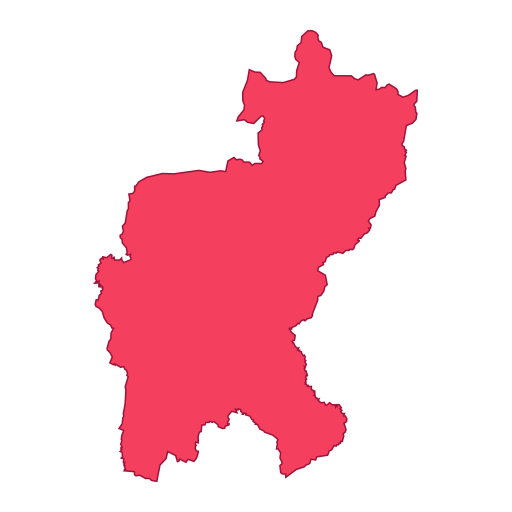 the district of Mueang Sa Kaeo, Sa Kaeo, Thailand
{"feature_id": "78962969B70177105143831", "entity_name": "Mueang Sa Kaeo", "entity_type": "district", "adm_level": 2, "iso_a3": "THA", "parent_name": "Thailand", "parent_adm1": "Sa Kaeo", "projection": "robinson", "projection_center": [102.097, 13.939], "detail": "fine", "context": "isolated", "style": "filled", "palette": "rose", "viewbox_px": 512, "rotation_deg": 0, "n_neighbors": 0, "source": "geoboundaries", "source_scale": "gbopen_adm2", "svg_char_len": 6057}
<svg xmlns="http://www.w3.org/2000/svg" viewBox="0 0 512 512"><path d="M124.5,470.8L134.4,471.7L134.5,474.7L136.0,475.8L139.6,475.2L145.6,478.5L149.3,478.4L151.7,480.5L156.8,481.3L160.0,465.0L166.1,458.6L167.7,451.5L175.7,455.6L177.4,461.6L179.0,461.0L179.7,459.0L185.9,462.3L188.0,459.3L193.9,461.4L196.4,458.4L198.3,452.5L198.3,451.3L196.5,451.0L195.3,448.8L195.3,446.5L196.3,445.5L195.2,443.8L195.8,442.1L198.3,442.8L198.1,436.5L199.3,432.3L201.2,431.5L201.8,425.0L204.9,424.9L205.9,422.4L209.1,422.4L209.7,421.2L212.3,422.4L213.9,421.5L218.3,425.0L218.2,426.7L222.7,428.5L224.6,428.3L225.2,426.3L229.0,424.8L229.1,423.8L227.9,424.4L227.3,423.4L229.2,419.3L227.9,417.4L228.2,415.6L231.7,411.3L237.0,412.7L235.5,409.3L237.9,410.0L238.1,408.9L240.7,409.6L240.7,411.3L242.9,413.2L242.3,414.1L243.4,414.3L244.3,413.0L246.0,413.6L245.6,414.8L249.9,416.1L251.8,419.4L253.4,419.9L253.1,421.4L255.8,423.3L255.3,424.2L257.5,424.5L259.9,429.1L263.8,430.8L264.5,432.1L272.8,435.1L277.9,439.4L276.8,442.4L277.4,443.7L276.5,448.9L278.1,448.9L280.6,452.8L280.0,458.1L282.0,462.2L281.8,463.9L279.9,465.6L280.7,472.5L282.0,473.8L285.6,474.1L285.8,477.3L296.2,469.5L304.4,466.8L306.5,464.6L308.4,464.3L310.0,463.0L310.8,459.2L315.6,460.0L316.7,456.9L327.6,455.2L329.3,450.9L331.7,449.8L333.9,445.7L336.2,446.1L336.6,444.9L338.6,444.7L339.3,442.8L340.4,443.1L341.0,441.3L342.3,441.5L343.8,435.8L343.1,433.9L345.4,431.9L346.0,429.5L344.0,423.2L346.5,421.6L346.8,419.0L345.5,416.1L343.6,415.9L344.5,413.5L342.3,413.5L340.7,411.6L341.9,410.3L339.8,408.7L341.4,407.8L339.1,404.7L336.2,404.7L336.8,406.3L335.8,405.8L335.6,406.6L335.1,404.9L331.7,404.6L329.6,402.7L326.8,405.2L325.5,405.1L324.2,402.3L321.3,402.8L319.4,401.6L318.5,400.3L319.0,398.9L317.7,399.6L316.9,398.0L315.8,398.0L315.0,395.1L313.9,395.0L314.9,393.8L314.8,392.1L313.9,391.9L314.6,391.1L311.4,389.5L311.4,386.4L308.5,386.5L308.2,385.5L307.3,386.2L306.5,384.1L305.2,384.1L305.2,382.4L306.1,382.1L305.5,379.8L306.6,379.2L305.6,377.3L306.1,375.7L306.5,376.1L307.4,375.6L306.1,371.0L305.2,370.9L304.3,368.8L305.1,368.0L304.5,366.8L305.2,367.1L306.3,364.5L304.8,361.6L305.8,360.7L304.7,359.3L305.2,356.9L304.4,355.2L303.5,355.7L301.8,353.7L301.4,351.9L299.3,351.1L299.6,350.2L297.6,350.1L298.7,347.9L297.1,348.1L295.2,346.4L293.7,343.0L292.5,342.5L292.2,341.1L294.5,340.3L295.2,335.4L291.6,332.4L289.2,328.8L289.6,328.1L291.6,329.1L291.8,327.6L296.0,325.7L297.8,323.3L298.9,323.9L301.5,320.5L304.0,319.7L304.3,320.7L305.5,320.5L306.5,319.1L311.3,317.7L312.5,315.6L312.4,313.9L317.7,300.2L317.8,296.4L320.8,295.5L323.8,291.1L324.7,286.9L327.2,284.6L325.3,275.2L317.7,270.7L318.6,267.2L323.5,264.6L323.0,262.5L325.2,261.7L326.6,257.2L328.8,256.4L329.8,254.7L332.9,254.5L333.3,253.1L336.6,253.0L337.3,251.9L342.9,253.3L345.9,250.3L348.9,250.5L349.9,249.3L352.4,249.7L353.7,248.8L355.1,244.6L359.1,241.4L359.3,240.5L357.6,240.0L358.7,238.1L360.9,238.3L364.1,234.1L367.4,232.8L369.8,229.8L368.7,228.2L370.5,228.1L371.1,224.9L368.4,221.1L369.8,218.6L374.8,216.1L376.0,211.5L379.5,205.2L379.1,199.8L385.1,197.4L385.3,195.9L388.5,192.8L391.4,192.9L393.2,189.6L394.6,189.2L395.9,185.4L405.9,179.9L405.2,170.8L405.9,168.6L404.2,162.7L406.1,156.2L404.7,155.4L406.4,152.4L405.3,151.3L406.4,150.2L404.4,148.9L404.4,146.9L402.3,145.6L401.9,143.9L403.6,141.4L406.4,125.6L412.5,123.1L416.0,119.3L416.9,113.2L415.9,112.5L415.3,107.1L414.0,105.6L414.2,104.0L416.8,101.2L417.3,90.1L415.4,90.4L408.3,95.4L403.0,97.2L398.0,94.4L398.0,91.6L396.5,88.8L389.1,84.1L387.2,84.9L385.3,87.5L381.5,87.4L379.5,89.1L376.0,89.7L377.1,83.1L374.6,74.6L373.5,73.6L368.3,75.2L366.0,74.8L358.1,79.9L354.7,78.7L351.2,75.8L334.2,75.8L331.0,72.2L329.0,67.6L331.7,55.8L329.8,49.8L323.0,47.3L321.3,42.4L318.8,40.8L317.8,37.4L318.2,35.3L315.6,32.3L312.1,30.7L308.0,30.7L301.8,36.4L301.0,42.7L297.3,45.8L296.7,49.8L295.1,52.2L294.8,56.5L295.8,59.5L299.3,62.5L296.7,70.5L296.4,76.9L294.4,79.3L283.1,82.6L269.5,81.8L266.2,80.2L265.8,78.4L260.2,72.3L255.1,72.1L249.3,69.7L247.5,80.2L242.7,92.4L242.8,100.7L244.5,105.1L243.9,110.0L238.3,116.8L236.8,120.9L244.5,119.7L247.4,122.2L253.6,123.5L261.4,116.0L263.1,116.0L264.6,118.4L263.7,121.2L264.3,122.5L262.3,124.3L262.8,126.2L261.7,127.6L262.0,130.0L258.1,133.0L258.4,144.8L260.3,150.9L258.7,155.5L260.3,157.8L259.8,158.8L263.1,161.3L261.6,163.6L255.0,163.4L252.3,165.4L249.4,162.1L243.8,162.1L242.2,160.0L240.1,159.2L236.2,159.8L234.0,157.4L227.9,161.0L225.7,171.6L220.6,170.8L209.9,172.3L198.9,170.4L173.7,173.9L162.5,173.5L146.7,177.3L138.8,181.9L135.9,186.0L134.6,186.2L134.8,190.8L132.7,193.5L128.9,194.0L130.0,201.1L128.4,202.5L128.4,208.8L127.2,210.8L125.3,222.8L122.4,226.3L123.4,231.2L122.3,233.9L120.1,235.4L120.3,237.8L122.1,239.4L122.3,242.9L126.4,247.8L127.2,252.8L126.1,254.3L127.5,255.2L130.6,254.4L130.0,256.7L131.0,257.8L130.8,259.7L123.8,262.5L121.8,260.2L121.6,258.0L119.7,260.1L114.7,260.1L114.0,257.2L112.6,258.4L111.6,257.9L112.0,255.3L110.8,254.4L106.7,257.7L102.8,256.8L103.1,259.0L101.3,258.2L99.8,260.0L101.0,263.3L98.3,264.9L99.0,266.1L97.2,267.7L98.3,268.6L97.8,270.6L98.7,271.4L96.0,274.5L95.5,278.5L96.6,281.0L94.7,283.2L97.2,283.0L97.1,282.2L99.0,281.0L98.8,286.7L100.1,286.9L100.3,284.7L102.8,287.2L101.9,287.8L102.8,288.8L102.6,290.2L100.8,291.0L101.4,293.5L99.2,295.4L98.1,300.1L96.2,299.8L95.2,304.4L96.0,306.4L99.1,308.0L102.1,311.2L104.2,318.0L107.3,323.0L110.6,325.0L111.9,328.0L113.6,328.3L111.1,333.0L110.8,338.9L108.9,341.6L107.1,348.3L107.3,349.9L110.1,352.7L112.3,357.1L109.8,362.8L113.4,364.7L114.4,364.0L115.1,365.2L115.7,364.3L120.7,367.3L123.8,366.6L124.8,369.2L126.6,370.4L127.5,373.7L126.8,375.3L128.2,376.7L125.2,386.7L125.9,390.2L125.1,404.0L123.3,413.9L123.9,416.3L122.9,417.6L122.2,423.8L119.0,428.5L123.7,430.4L121.8,435.5L121.3,439.5L122.1,440.1L120.7,444.2L122.1,447.3L121.1,447.5L121.7,449.1L121.0,448.9L121.2,450.5L120.2,451.5L121.9,452.1L122.3,453.3L122.4,457.1L121.3,458.0L123.6,458.6L123.4,462.7L124.8,462.3L124.1,464.6L124.7,465.3L124.0,465.3L125.3,469.1L124.6,469.7L125.5,470.0L124.5,470.8Z" fill="#f43f5e" stroke="#9f1239" stroke-width="1.5"/></svg>